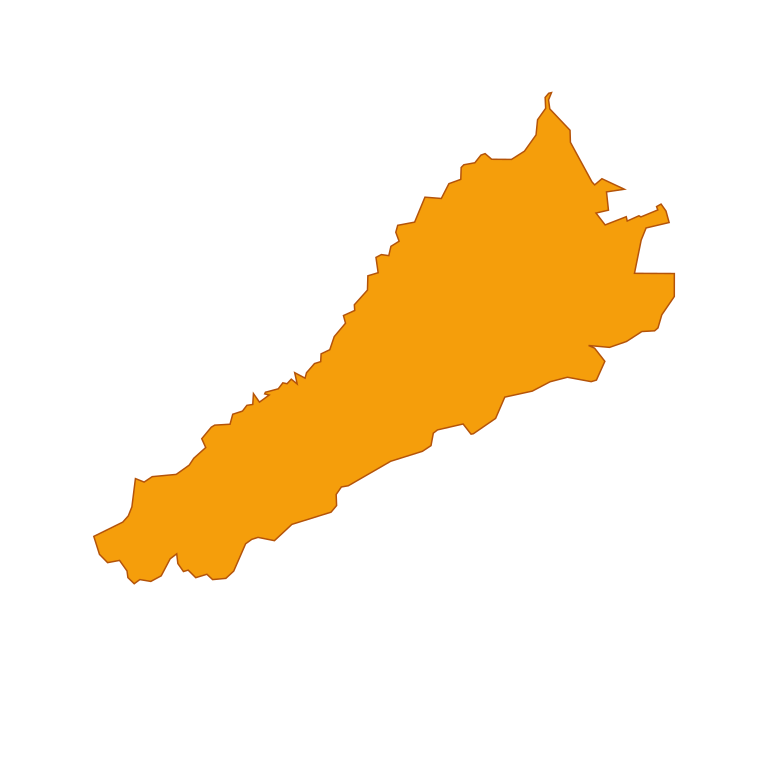 outline of Kota Magelang, Jawa Tengah, Indonesia, rotated 232°
{"feature_id": "22746128B66141272433758", "entity_name": "Kota Magelang", "entity_type": "district", "adm_level": 2, "iso_a3": "IDN", "parent_name": "Indonesia", "parent_adm1": "Jawa Tengah", "projection": "equal_earth", "projection_center": [110.222, -7.473], "detail": "medium", "context": "isolated", "style": "filled", "palette": "amber", "viewbox_px": 768, "rotation_deg": 232, "n_neighbors": 0, "source": "geoboundaries", "source_scale": "gbopen_adm2", "svg_char_len": 1959}
<svg xmlns="http://www.w3.org/2000/svg" viewBox="0 0 768 768"><g transform="rotate(232 384 384)"><path d="M424.9,54.9L413.4,56.2L407.8,67.0L394.9,66.4L389.1,63.0L380.4,64.2L380.2,71.2L372.0,78.7L370.0,90.3L377.9,107.9L377.8,116.1L369.4,111.0L359.7,110.5L357.9,115.1L347.3,116.4L343.1,127.3L335.4,128.5L328.2,139.7L329.1,150.4L343.3,176.6L343.0,184.1L340.7,190.3L328.0,201.2L330.1,225.0L315.6,263.4L317.4,271.8L326.4,278.3L329.1,287.0L325.8,293.2L319.0,341.7L307.3,372.9L306.5,383.1L314.9,392.6L314.9,397.9L303.8,421.7L290.9,421.7L289.8,423.8L288.2,450.8L299.3,471.1L287.1,496.5L283.5,516.3L276.4,532.7L258.3,548.7L256.3,553.8L265.9,572.0L282.6,572.0L288.4,568.9L274.0,584.3L268.2,601.3L266.6,619.5L259.3,630.0L259.5,634.4L267.5,645.5L274.2,666.6L292.3,680.8L317.0,649.5L339.1,675.3L345.6,686.6L335.7,708.1L346.7,712.7L355.2,713.1L356.0,708.0L352.6,706.9L357.5,689.3L359.6,688.5L362.7,676.0L366.7,677.9L373.2,656.2L388.2,656.3L382.8,667.9L398.4,677.6L389.5,693.3L411.6,682.1L411.2,672.6L415.3,672.3L459.7,679.7L469.4,686.8L498.7,684.0L506.6,688.6L510.5,695.4L511.7,692.8L510.6,687.4L501.7,681.1L497.7,667.7L486.7,657.2L481.0,638.0L482.5,622.7L494.8,607.2L503.3,605.5L504.7,601.3L502.4,591.8L507.6,581.9L507.1,578.1L498.0,570.5L501.9,558.5L494.9,543.4L506.0,531.3L492.7,507.8L500.6,492.5L496.3,486.7L487.2,483.8L488.2,474.2L482.2,466.8L487.6,461.6L488.7,455.6L475.3,447.9L479.2,437.9L468.2,428.8L464.7,409.4L460.0,406.2L462.9,394.2L455.6,391.1L452.0,374.0L444.4,362.4L446.5,353.0L440.6,347.9L442.9,341.8L440.6,329.9L437.2,325.4L447.9,320.6L437.5,315.6L444.9,313.9L443.9,307.8L447.2,305.0L445.3,297.7L450.5,285.5L449.7,283.9L446.0,286.7L446.4,274.7L456.8,275.2L448.7,268.0L451.6,262.8L449.8,255.8L453.3,246.2L447.1,237.9L455.8,225.3L456.3,221.3L453.1,206.7L443.7,204.4L442.6,188.4L440.0,180.6L440.7,164.6L453.7,144.3L454.4,134.6L462.5,129.9L442.4,109.7L437.5,101.3L436.0,93.1L442.6,61.5L424.9,54.9Z" fill="#f59e0b" stroke="#b45309" stroke-width="1.5"/></g></svg>